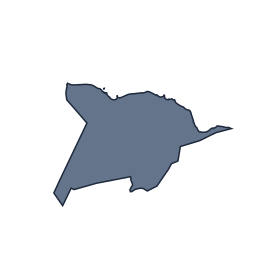 East-Central, Guadalcanal, Solomon Islands (Albers equal-area conic projection), rotated 336°
{"feature_id": "97153195B72128513413491", "entity_name": "East-Central", "entity_type": "district", "adm_level": 2, "iso_a3": "SLB", "parent_name": "Solomon Islands", "parent_adm1": "Guadalcanal", "projection": "albers", "projection_center": [160.571, -9.616], "detail": "fine", "context": "isolated", "style": "filled", "palette": "slate", "viewbox_px": 256, "rotation_deg": 336, "n_neighbors": 0, "source": "geoboundaries", "source_scale": "gbopen_adm2", "svg_char_len": 5311}
<svg xmlns="http://www.w3.org/2000/svg" viewBox="0 0 256 256"><g transform="rotate(336 128 128)"><path d="M222.2,170.6L221.6,170.0L221.1,169.5L220.8,169.0L220.7,168.9L220.3,168.6L219.9,168.4L219.8,168.2L219.6,168.1L219.0,168.0L218.6,167.8L218.2,167.6L216.9,166.7L216.4,166.3L216.1,166.2L215.9,165.9L214.4,164.9L213.5,164.3L213.0,164.0L212.7,163.9L211.9,163.3L211.4,162.9L211.2,162.7L210.8,162.6L210.0,162.5L209.8,162.5L209.6,162.5L209.4,162.6L209.0,162.9L208.8,163.0L208.5,163.1L208.0,163.1L207.7,163.1L207.4,163.1L207.1,163.0L206.8,162.9L206.5,162.9L206.2,162.9L205.9,163.0L205.8,162.9L205.7,163.0L205.6,162.8L205.4,162.6L204.5,162.3L204.2,162.3L203.9,162.3L202.8,162.6L202.2,162.8L201.7,163.0L200.7,163.2L200.0,163.3L199.6,163.4L199.1,163.4L197.8,163.4L197.4,163.3L196.2,162.9L195.9,162.8L195.6,162.7L195.1,162.6L194.7,162.4L194.0,162.0L193.4,161.5L193.2,161.4L193.1,161.5L192.8,161.4L192.8,161.2L192.7,161.1L192.4,161.0L191.9,160.7L191.5,160.3L191.4,160.0L191.3,159.6L191.1,158.9L191.0,158.0L191.0,157.3L190.9,156.8L191.0,156.1L191.0,155.7L190.9,155.5L190.7,155.1L190.5,154.7L190.3,154.3L190.3,154.1L190.2,154.0L190.3,153.3L190.2,152.6L190.3,151.1L190.4,150.4L190.5,150.0L190.4,149.6L190.1,149.2L190.1,148.9L190.2,148.7L190.3,148.6L190.6,148.3L190.7,148.1L190.8,147.7L190.9,146.4L190.9,145.3L191.0,145.1L191.1,144.8L191.1,144.1L191.2,143.7L191.2,143.1L191.3,142.5L191.3,141.6L191.5,140.9L191.6,140.6L191.6,140.2L191.7,139.1L191.7,138.3L191.5,138.1L191.6,137.8L191.6,137.5L191.5,137.3L191.3,137.1L191.1,136.8L190.9,136.6L190.9,136.4L190.5,136.1L189.8,135.6L189.3,135.3L188.8,134.7L188.5,134.3L188.1,133.7L187.8,133.1L187.6,132.6L187.3,131.6L187.1,131.4L186.9,131.1L186.7,130.8L186.4,130.5L185.9,130.2L185.4,129.8L185.1,129.4L184.5,128.4L183.9,127.7L183.6,127.2L183.3,126.8L183.2,126.6L182.8,125.8L182.2,124.7L182.0,124.3L182.0,123.9L181.9,123.6L182.0,121.9L182.1,121.5L182.1,121.3L181.9,121.1L181.7,121.1L181.5,121.3L181.3,121.2L181.2,121.1L181.0,120.9L180.7,120.5L180.6,120.3L180.4,120.2L180.2,119.8L180.2,119.6L180.2,119.4L179.9,119.2L179.5,119.1L179.1,119.1L178.8,119.1L178.7,119.1L178.2,118.9L177.7,118.6L177.3,118.3L177.1,118.2L176.9,118.2L176.5,118.4L176.4,118.4L176.5,118.6L176.4,118.7L176.0,118.4L175.8,118.3L175.7,118.2L175.2,117.8L175.2,117.7L174.6,117.2L174.4,117.1L174.2,116.9L174.1,116.7L174.0,116.1L173.9,115.8L173.9,115.6L174.0,114.7L174.3,113.7L174.4,113.4L174.5,113.3L174.6,113.1L174.6,112.9L174.4,112.6L174.1,112.6L173.8,112.9L173.7,113.1L173.6,113.3L173.4,113.5L173.1,113.5L172.9,113.5L172.6,113.5L171.9,113.3L171.4,113.2L170.9,113.2L170.6,113.1L169.9,112.7L169.7,112.5L169.6,112.4L169.4,112.2L168.9,111.5L168.4,110.7L168.0,109.7L167.9,109.7L167.7,110.0L167.5,109.9L167.5,109.7L167.4,109.3L167.2,109.3L166.9,109.1L166.5,108.8L166.1,108.5L165.5,107.6L165.2,107.2L165.1,106.9L164.8,106.6L164.4,106.2L164.2,105.9L163.7,105.4L163.2,104.8L162.7,104.1L162.5,103.9L162.4,103.8L162.1,103.6L161.7,103.4L160.9,102.7L160.6,102.4L160.2,102.3L159.9,102.3L159.3,102.4L158.6,102.4L158.1,102.4L156.8,102.3L155.6,101.9L154.7,101.4L153.5,101.0L152.5,100.7L151.7,100.4L150.9,100.2L149.4,99.7L148.8,99.6L148.3,99.4L147.5,99.1L145.9,98.5L145.0,98.2L142.4,97.5L141.5,97.4L140.8,97.4L140.7,97.5L140.4,97.4L140.0,97.5L139.9,97.5L139.6,97.4L139.2,97.3L138.3,97.3L137.8,97.4L137.1,97.4L136.8,97.4L136.1,97.4L135.4,97.4L134.8,97.3L134.1,97.3L133.7,97.3L133.4,97.2L133.1,97.1L130.9,96.1L130.6,96.1L130.2,96.2L129.8,96.5L129.5,96.6L129.4,96.6L129.4,96.8L128.8,96.9L128.4,96.9L128.0,96.9L127.3,96.7L126.9,96.6L126.3,96.4L125.4,95.7L124.9,95.2L124.5,94.7L124.1,93.9L124.0,93.6L123.8,93.4L123.7,93.0L123.8,92.9L123.9,92.6L123.8,92.4L123.7,92.2L123.2,91.6L122.9,91.1L122.9,90.8L122.6,89.8L122.5,89.4L122.5,89.0L122.4,88.6L122.4,88.3L122.6,88.1L122.8,87.7L122.8,87.4L122.5,87.0L122.3,86.9L122.2,86.9L122.0,87.1L121.8,87.1L121.8,86.7L121.7,86.7L121.4,86.6L121.3,86.8L121.1,86.9L120.9,86.8L120.8,86.7L120.9,86.0L120.8,85.9L120.6,85.8L120.3,85.7L120.3,85.4L120.4,85.2L120.2,84.9L119.9,84.9L119.7,84.6L119.5,84.1L119.4,83.4L119.4,83.2L119.2,82.5L118.8,81.8L118.6,81.4L118.5,80.9L118.4,80.7L118.2,80.6L117.4,80.1L117.1,80.0L116.8,79.8L116.5,79.5L115.8,78.4L115.5,78.0L115.2,77.7L115.0,77.3L114.8,77.1L114.5,76.5L113.4,75.1L112.9,74.5L112.3,74.0L111.6,73.4L111.0,73.0L109.6,72.3L109.0,71.9L108.5,71.6L107.9,71.3L107.4,71.0L106.9,70.8L106.0,70.5L104.6,69.9L103.1,69.4L101.2,68.6L100.5,68.4L100.3,68.3L99.7,68.1L97.7,67.3L96.0,66.6L95.4,66.4L94.4,65.8L94.0,65.5L93.1,64.8L91.9,63.6L91.1,62.8L91.0,62.6L90.9,62.7L89.7,63.3L89.6,64.5L87.6,67.4L86.4,69.2L86.1,69.7L85.8,70.3L85.2,71.5L83.5,77.4L87.0,88.5L90.1,98.8L92.5,106.8L80.1,117.4L65.6,129.8L45.1,147.3L33.8,157.2L36.7,172.4L51.6,159.8L53.6,162.3L76.5,165.6L110.5,173.5L109.4,177.0L109.3,180.9L108.7,182.3L107.0,183.2L104.5,185.4L104.3,187.1L105.3,187.6L106.4,187.5L110.0,187.0L114.7,188.0L117.0,189.2L118.3,190.9L120.0,193.4L130.9,192.8L144.8,184.2L147.9,182.4L153.2,178.3L160.2,178.5L168.3,166.2L188.3,168.7L194.7,168.5L194.7,168.4L198.4,168.3L200.3,168.2L207.0,168.1L222.2,170.6ZM122.5,82.2L122.4,82.2L122.2,82.0L121.8,82.1L121.7,82.2L121.6,82.4L121.6,82.5L121.8,82.7L122.2,82.6L122.3,82.5L122.4,82.4L122.5,82.2ZM131.4,94.4L131.3,94.2L131.2,94.2L130.8,94.3L130.8,94.5L130.8,94.8L131.0,94.8L131.4,94.6L131.4,94.4Z" fill="#64748b" stroke="#1e293b" stroke-width="1.5"/></g></svg>